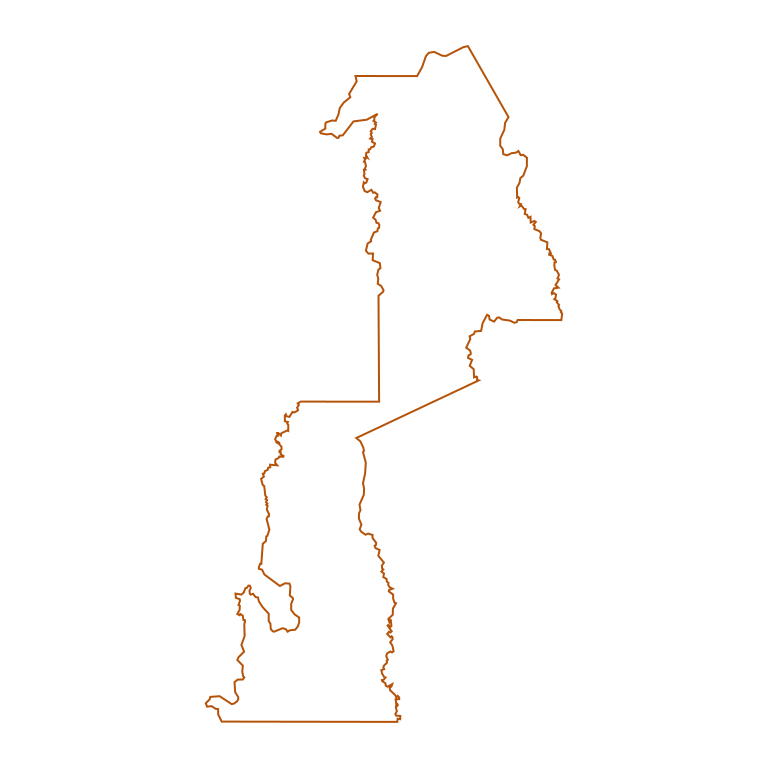 Novo Aripuanã, Amazonas, Brazil (Natural Earth projection)
{"feature_id": "56859067B78656810677763", "entity_name": "Novo Aripuanã", "entity_type": "district", "adm_level": 2, "iso_a3": "BRA", "parent_name": "Brazil", "parent_adm1": "Amazonas", "projection": "natural_earth1", "projection_center": [-60.525, -6.833], "detail": "fine", "context": "isolated", "style": "outline", "palette": "amber", "viewbox_px": 768, "rotation_deg": 0, "n_neighbors": 0, "source": "geoboundaries", "source_scale": "gbopen_adm2", "svg_char_len": 6114}
<svg xmlns="http://www.w3.org/2000/svg" viewBox="0 0 768 768"><path d="M221.7,721.6L397.3,721.9L397.6,718.7L400.2,719.2L400.3,716.0L396.1,715.6L395.3,714.1L396.9,711.2L395.8,707.5L396.2,705.3L397.2,705.9L397.8,704.9L397.2,703.8L396.3,704.2L395.6,699.4L399.2,699.1L399.2,697.5L397.7,695.9L396.3,697.5L395.2,695.1L390.1,690.2L389.6,687.6L391.4,686.6L392.2,684.1L387.5,686.7L385.7,685.6L385.5,683.3L382.2,681.1L381.9,680.1L383.6,679.8L385.5,677.5L384.3,677.2L382.2,673.8L381.3,670.2L384.2,669.1L383.3,667.3L384.0,665.6L387.0,662.7L386.7,660.6L387.8,659.8L386.2,656.0L387.1,653.4L390.4,651.5L392.0,652.4L393.6,651.3L392.4,645.6L390.2,642.3L392.7,639.1L392.4,637.1L391.6,636.3L390.5,637.4L387.2,633.9L389.0,631.7L390.3,632.6L391.7,631.3L387.6,625.5L388.2,625.0L390.3,627.0L391.4,626.0L390.8,620.1L389.7,619.5L389.2,621.7L388.3,619.0L392.8,614.7L392.9,608.6L396.0,603.2L394.5,602.6L393.1,598.5L393.2,594.6L388.8,591.4L389.1,590.0L392.6,588.7L389.7,587.3L388.2,585.0L388.5,582.9L386.8,581.6L386.6,579.0L383.3,577.1L384.0,573.5L381.4,571.6L383.3,569.4L382.2,568.7L381.8,565.7L383.9,562.6L378.3,555.7L379.6,550.0L375.5,548.1L374.6,545.7L375.9,545.0L376.2,542.9L372.5,537.9L372.6,535.0L368.2,533.6L365.5,534.7L361.2,531.7L359.7,529.3L361.4,524.6L358.9,518.6L359.0,513.4L360.5,510.1L359.5,504.6L363.8,494.8L364.1,488.7L363.0,483.1L365.1,473.5L365.8,462.7L363.0,452.1L364.0,450.8L363.2,447.3L360.4,441.4L356.3,438.0L478.7,380.4L477.0,379.9L477.2,377.2L476.3,376.5L474.1,377.4L473.7,369.2L469.7,365.8L472.1,359.9L468.0,357.9L468.5,355.4L470.6,354.4L470.8,353.0L470.1,350.5L466.2,347.7L470.3,339.0L469.6,336.3L474.0,333.9L474.8,331.5L481.1,330.9L482.7,323.0L487.1,314.8L489.0,315.8L489.6,319.5L494.1,321.6L497.1,317.8L499.1,317.4L502.1,319.5L510.0,320.6L514.4,322.8L516.7,322.1L517.6,320.0L561.3,320.1L562.2,313.6L560.8,312.1L561.3,311.0L559.7,309.5L558.4,306.3L559.1,305.1L556.8,302.3L557.4,301.2L554.3,299.1L555.4,298.3L556.1,294.7L553.9,293.1L552.0,294.1L551.7,292.7L554.0,288.3L558.4,287.7L555.5,285.0L559.1,279.3L557.5,278.5L559.0,274.8L556.8,270.7L555.0,269.8L554.3,265.2L554.5,262.5L556.7,262.0L555.6,261.8L555.2,259.8L553.7,259.5L552.4,255.9L549.1,254.7L549.3,253.7L550.8,254.6L550.9,253.3L549.0,249.2L546.9,249.0L547.4,242.4L540.9,239.7L540.3,237.6L541.1,233.3L539.5,231.2L534.3,229.0L534.8,226.1L533.4,224.8L535.8,221.9L534.3,221.0L530.7,222.5L530.5,216.8L528.4,217.8L527.1,214.8L524.7,213.9L525.6,209.1L524.2,209.1L521.3,205.4L519.8,206.3L520.9,204.1L519.0,203.7L518.2,202.1L519.3,198.2L518.4,197.1L517.1,197.6L516.9,187.5L519.4,183.2L520.4,178.1L523.3,175.6L526.9,166.2L526.9,157.7L523.2,154.8L520.6,155.1L518.4,151.0L516.1,152.6L511.6,153.2L507.1,155.3L503.3,154.2L502.8,149.3L500.2,145.7L500.3,138.4L504.3,129.9L505.1,122.9L508.5,117.1L467.9,46.1L463.3,47.2L446.0,56.0L442.2,55.7L434.2,51.9L428.8,52.8L425.9,56.2L422.1,67.1L417.1,76.1L355.5,76.0L356.7,81.3L349.1,93.9L350.3,97.2L343.7,102.6L339.8,108.0L338.4,114.6L335.7,120.8L332.0,120.5L326.3,122.3L325.4,123.4L325.3,128.6L320.0,131.9L320.8,133.3L326.8,134.4L331.5,133.8L337.2,138.0L338.5,137.8L339.4,135.7L342.8,135.3L353.5,121.4L366.8,119.7L377.6,113.8L374.3,117.5L374.3,120.3L373.5,121.0L376.0,122.5L374.8,123.9L376.0,124.6L375.0,129.1L372.6,128.8L370.7,131.3L371.8,132.9L370.7,134.2L371.8,136.8L370.2,138.6L371.9,139.1L372.7,138.0L372.0,141.8L375.0,143.4L374.7,144.5L373.8,146.6L371.3,147.2L370.1,149.3L368.7,149.4L368.7,152.1L366.4,152.7L365.9,154.8L367.4,157.6L366.0,156.7L365.8,158.3L364.3,158.0L365.0,159.5L364.0,161.7L364.9,161.7L366.0,166.2L364.8,168.6L365.5,169.6L363.9,169.8L364.5,174.1L363.7,175.7L365.1,178.3L367.6,179.1L366.3,182.6L364.5,183.4L363.8,182.5L362.9,186.7L364.7,191.1L367.3,192.2L371.4,189.8L373.2,192.8L374.6,192.3L377.5,194.4L377.1,197.3L376.1,197.1L375.1,198.4L375.9,200.2L380.7,202.1L378.7,208.1L380.1,210.7L376.0,212.2L373.1,217.6L375.6,219.8L376.5,222.8L378.3,223.1L379.3,224.8L379.1,227.8L377.8,228.5L377.4,231.2L373.9,232.5L370.8,239.8L371.1,241.3L367.6,243.5L365.9,250.7L368.4,253.6L373.0,253.5L372.7,260.2L379.9,263.2L380.4,268.3L378.4,269.7L377.2,274.9L378.3,278.6L377.7,283.8L381.0,285.8L383.5,290.1L383.2,291.6L378.5,295.8L379.1,401.7L300.8,401.6L297.7,403.4L298.9,405.0L297.1,407.7L298.1,410.0L297.5,410.7L294.2,412.5L292.5,411.9L289.4,416.9L286.4,416.2L285.8,414.4L284.8,415.6L284.9,421.3L287.9,422.0L287.2,423.6L288.3,425.0L288.2,431.0L287.0,430.6L281.4,433.2L280.9,435.5L278.1,432.9L277.0,433.1L277.9,435.8L276.5,436.1L275.1,439.0L276.6,442.6L277.6,443.1L277.2,441.6L279.3,442.7L279.1,444.0L281.5,446.8L281.5,449.5L279.6,450.6L279.5,452.2L280.8,452.3L280.7,454.3L283.6,456.1L283.2,456.8L279.1,456.6L278.5,458.1L275.5,459.5L275.1,462.8L277.2,465.3L270.1,464.7L270.3,467.3L268.2,467.7L267.8,469.7L264.9,471.2L264.4,473.3L262.8,473.7L263.9,476.6L261.1,478.9L262.7,485.0L264.2,486.0L265.3,495.6L266.8,497.3L265.6,499.1L267.1,500.1L266.0,502.2L267.4,503.6L266.3,504.8L267.6,505.7L266.8,509.4L269.1,514.4L268.6,515.9L269.7,516.1L267.7,516.6L266.6,519.0L269.4,529.6L267.3,535.9L266.3,536.4L265.9,541.1L262.8,543.7L261.3,563.9L260.2,563.7L258.8,567.5L258.9,568.8L262.1,569.7L264.4,574.5L279.9,586.0L285.0,583.3L289.5,583.6L290.4,586.3L289.8,595.5L292.8,598.0L293.0,599.4L291.2,603.7L291.2,610.0L294.5,614.3L299.1,617.5L299.2,622.4L297.8,626.5L295.2,629.7L289.8,630.3L287.6,631.7L285.9,629.2L282.5,628.2L274.2,631.7L272.8,631.3L270.8,629.2L270.4,623.6L268.7,621.1L268.7,613.7L262.6,607.1L258.8,601.2L258.0,597.5L255.6,597.1L253.1,593.8L250.6,594.6L249.8,593.6L249.5,590.6L250.8,588.0L249.9,585.7L248.4,585.6L246.8,587.9L245.3,588.3L243.7,592.6L241.5,594.6L235.5,593.6L235.9,597.8L239.7,599.2L240.0,600.8L238.5,605.1L239.8,605.7L239.6,610.0L237.3,614.0L239.6,615.2L240.3,614.0L242.7,615.6L243.5,620.1L244.8,620.1L245.0,621.6L244.3,624.2L244.6,636.2L241.4,644.9L244.1,651.7L238.6,657.1L237.3,659.9L242.8,665.6L242.3,671.9L243.2,676.3L244.3,677.4L242.8,679.5L237.6,679.6L234.5,682.2L235.2,692.3L238.1,696.8L238.3,699.0L237.1,701.3L234.0,703.6L231.7,704.1L219.6,696.2L210.3,696.9L209.6,699.4L205.8,703.2L207.0,706.6L211.7,706.2L215.8,708.9L218.1,709.1L218.2,714.4L221.7,721.6Z" fill="none" stroke="#b45309" stroke-width="2"/></svg>